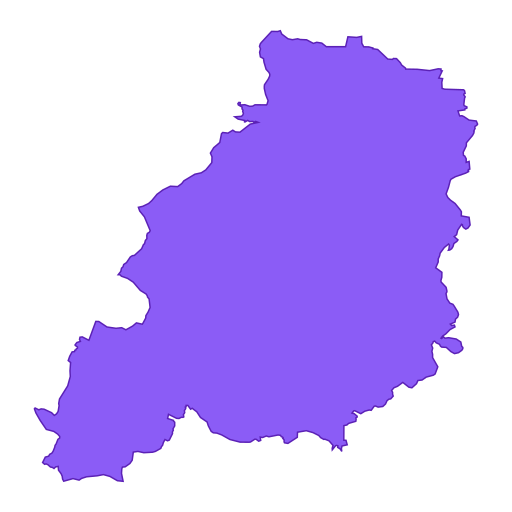 Balan, Salaj, Romania
{"feature_id": "2599482B44755564495658", "entity_name": "Balan", "entity_type": "district", "adm_level": 2, "iso_a3": "ROU", "parent_name": "Romania", "parent_adm1": "Salaj", "projection": "albers", "projection_center": [23.294, 47.159], "detail": "fine", "context": "isolated", "style": "filled", "palette": "violet", "viewbox_px": 512, "rotation_deg": 0, "n_neighbors": 0, "source": "geoboundaries", "source_scale": "gbopen_adm2", "svg_char_len": 5996}
<svg xmlns="http://www.w3.org/2000/svg" viewBox="0 0 512 512"><path d="M435.1,374.0L437.8,366.8L432.6,357.6L432.6,354.3L431.9,351.3L432.7,348.1L431.4,344.8L432.7,343.3L433.3,341.6L434.7,341.1L436.2,342.8L439.5,344.3L440.5,346.2L441.7,347.1L446.3,347.4L450.9,351.6L454.5,353.6L458.5,352.7L461.8,350.3L462.8,348.7L462.8,347.4L461.7,346.3L460.8,342.0L456.2,339.0L448.6,337.7L445.0,338.2L443.5,336.9L441.6,338.5L441.0,338.2L442.7,336.0L445.8,333.9L450.0,329.6L455.0,326.9L454.4,325.1L451.6,325.5L450.3,324.1L455.0,322.1L455.5,319.1L457.6,317.2L458.5,314.6L457.9,312.2L454.2,306.1L452.9,304.3L449.8,303.1L447.0,298.9L446.0,293.5L446.9,291.9L446.9,290.9L446.1,287.3L441.1,282.0L440.9,280.6L441.8,277.3L441.9,272.3L435.7,267.8L438.2,262.0L438.2,259.0L439.6,255.8L440.1,253.2L444.3,247.5L448.6,244.0L449.4,245.2L448.9,249.1L448.4,250.2L449.8,250.0L451.7,248.7L453.0,246.6L453.9,243.5L456.8,241.5L458.0,239.9L454.2,236.6L456.6,234.7L457.7,230.1L461.6,224.3L462.4,224.7L462.5,225.9L463.5,227.5L465.8,229.1L468.0,228.0L470.1,225.0L469.1,217.3L461.3,215.9L461.4,211.8L460.5,210.2L455.1,203.5L450.4,200.1L447.8,197.5L446.1,193.9L448.5,187.2L450.2,180.7L451.0,179.2L455.4,176.7L465.5,173.2L468.6,171.6L468.6,171.1L468.0,171.2L468.1,170.3L468.5,169.5L469.8,169.1L469.1,161.4L466.2,162.4L466.2,158.8L464.8,156.1L463.5,155.4L463.2,152.3L466.3,145.9L466.4,142.8L472.5,135.5L473.8,133.1L474.1,131.5L473.8,131.1L475.1,128.4L474.8,127.7L475.0,126.4L476.8,125.3L477.6,124.1L476.3,121.0L469.1,120.1L463.9,116.6L461.9,115.7L459.8,116.0L459.2,114.7L458.0,110.9L464.8,109.9L464.8,109.0L466.9,108.1L466.9,106.9L464.2,105.7L463.8,104.6L464.6,97.9L465.2,96.9L463.7,94.8L463.9,94.0L465.1,93.4L464.5,90.6L463.6,89.8L444.7,89.2L442.1,88.4L441.8,82.3L442.6,78.6L438.8,78.1L442.2,70.9L441.0,70.8L441.0,69.0L438.2,68.8L429.6,70.6L417.3,69.3L405.7,69.1L405.5,68.1L401.6,65.0L400.4,62.8L396.5,58.6L393.4,58.5L392.5,59.4L387.8,59.1L377.7,49.5L372.7,48.7L372.9,48.0L368.8,46.9L363.7,46.8L361.8,43.2L361.6,36.4L356.7,37.4L347.9,36.8L345.6,46.7L326.3,46.7L321.8,43.1L316.7,42.3L313.4,43.4L306.6,39.8L300.1,39.5L297.7,38.8L292.4,39.7L288.0,38.8L281.7,34.0L280.3,30.7L277.8,31.5L271.6,31.4L261.3,42.5L260.3,43.8L259.5,46.3L260.5,48.9L259.6,52.2L260.4,56.9L263.5,58.6L264.0,62.2L266.1,69.3L269.0,72.5L269.8,74.3L269.7,76.0L268.2,79.2L264.5,84.7L264.3,86.2L264.3,88.5L265.6,94.4L268.1,100.7L267.0,104.3L266.5,104.9L255.0,104.8L252.5,106.2L249.6,106.3L244.8,104.7L240.9,105.0L240.0,104.1L240.3,102.6L238.9,102.4L237.9,103.6L238.3,104.9L242.1,107.1L242.0,108.9L243.0,110.2L242.7,111.6L243.4,113.2L242.9,114.9L241.5,116.3L234.8,116.8L238.1,119.1L244.8,120.5L244.5,121.8L244.9,122.0L247.7,120.4L249.7,121.6L253.0,121.4L253.9,122.2L255.6,121.4L258.2,122.4L250.3,124.1L239.9,132.2L235.4,131.9L232.8,130.2L228.0,133.1L222.7,132.5L221.5,133.7L219.8,142.5L213.7,147.7L210.4,153.1L212.0,156.8L211.8,162.6L205.8,169.9L201.3,172.8L194.9,174.2L183.9,180.8L181.7,183.6L177.7,186.6L170.4,186.2L162.9,189.9L157.0,194.3L151.9,200.5L148.6,203.5L142.8,206.3L138.4,207.3L139.7,211.0L144.4,216.8L150.2,230.6L149.3,232.3L147.4,233.4L146.8,235.3L146.9,238.7L145.4,240.4L144.5,243.8L143.5,244.5L141.6,248.8L134.4,255.4L132.3,255.7L130.3,257.0L126.5,262.6L123.7,264.5L123.0,266.8L121.5,268.2L120.8,271.4L118.2,274.7L120.1,274.8L121.4,276.2L127.6,278.4L133.3,282.2L140.3,290.4L146.1,294.0L147.3,295.8L147.5,297.0L149.1,299.0L150.1,307.5L148.0,312.2L145.9,315.6L145.7,318.1L142.9,323.3L142.3,324.2L136.4,322.9L132.6,326.1L125.9,329.8L121.7,327.7L116.0,328.3L107.0,327.0L98.8,321.5L95.8,321.4L88.9,340.3L82.3,336.9L80.0,337.2L79.5,339.4L80.4,341.4L76.9,342.5L75.1,344.8L75.2,345.4L77.5,347.0L77.5,348.1L76.1,349.1L75.9,349.9L74.9,350.2L74.5,351.6L72.1,351.9L69.7,356.3L68.2,360.6L70.6,362.5L70.0,370.7L70.3,376.5L67.7,385.9L59.5,399.0L58.7,403.6L59.1,405.6L58.1,411.5L56.5,413.9L54.3,415.4L51.6,412.7L44.1,409.2L41.1,408.9L38.8,409.8L35.1,408.0L34.4,408.8L35.9,412.9L40.1,420.3L46.3,429.4L53.8,431.4L57.7,434.1L59.7,436.4L59.7,438.0L57.9,439.4L56.1,444.0L55.1,445.3L54.7,447.3L53.1,451.3L51.8,453.2L49.7,454.3L48.6,456.2L45.3,457.1L42.6,462.5L44.6,464.3L46.1,463.9L47.9,464.7L50.4,467.0L52.4,467.4L54.0,468.5L55.6,466.9L58.2,466.4L58.5,470.2L61.1,473.7L62.2,476.2L62.6,479.1L63.7,481.2L73.0,478.6L79.1,480.1L81.6,478.4L86.5,476.8L97.2,475.8L103.4,474.6L109.9,476.4L117.4,480.7L123.1,481.3L121.5,473.4L121.8,468.8L122.4,467.1L125.2,466.8L129.9,463.5L132.2,460.2L133.3,452.1L137.9,451.4L143.8,452.7L152.6,452.2L155.4,451.4L160.8,448.4L161.5,446.5L162.5,445.5L163.4,442.5L165.0,439.5L167.5,440.8L169.3,440.1L172.5,433.6L172.4,432.0L173.3,430.2L173.0,428.9L174.7,425.9L174.7,422.2L173.5,421.1L173.5,420.4L167.6,418.5L168.5,414.3L176.5,418.3L179.0,418.5L181.3,417.3L183.1,417.3L183.8,416.9L183.4,414.6L184.7,412.7L184.4,410.6L185.7,408.6L185.3,407.1L186.1,406.8L186.1,405.4L187.8,405.4L190.6,409.2L192.2,408.3L196.8,411.8L200.5,417.5L207.1,422.0L208.3,425.8L211.2,431.4L213.3,432.8L216.9,433.1L221.7,434.9L229.9,439.5L240.0,442.1L249.1,442.2L250.5,442.0L254.8,439.2L256.0,439.2L258.7,441.2L260.7,440.4L260.2,437.1L262.6,437.5L266.3,436.0L268.9,436.8L278.0,435.0L280.5,435.3L281.3,436.7L282.6,437.1L283.2,438.0L282.8,438.4L284.1,439.9L284.1,441.9L284.5,442.8L287.9,443.4L297.3,437.3L297.5,432.2L306.3,430.7L313.0,432.6L318.8,435.5L320.6,437.6L323.8,439.4L324.9,439.2L329.0,440.8L333.0,445.4L332.2,448.2L332.3,449.8L335.6,445.7L336.7,445.4L337.9,445.8L337.7,447.4L340.1,448.9L341.8,451.4L341.4,448.7L342.0,446.0L347.2,444.8L346.0,440.3L343.8,440.2L343.9,425.6L346.9,425.0L348.6,423.4L355.8,421.3L356.1,419.5L355.9,417.8L357.2,417.0L357.1,416.1L354.2,413.7L352.0,413.1L353.7,410.9L354.8,410.7L360.8,413.7L364.8,411.2L369.2,410.0L371.2,410.3L374.2,406.2L375.5,406.0L378.1,407.1L382.8,406.5L385.5,404.0L387.0,400.7L388.9,399.2L390.7,398.9L393.2,396.1L392.6,394.2L392.6,392.3L391.6,390.5L394.0,387.7L397.5,386.3L402.8,382.4L408.9,387.2L411.9,387.8L416.5,383.7L417.9,380.5L422.1,380.0L426.2,377.1L433.3,375.2L435.1,374.0Z" fill="#8b5cf6" stroke="#5b21b6" stroke-width="1.5"/></svg>